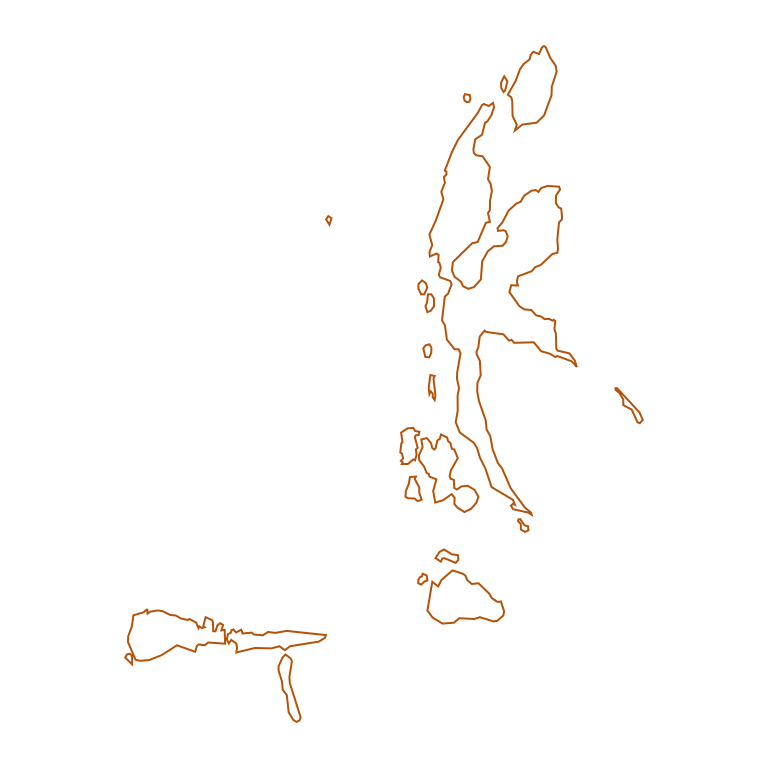 the Province of Maluku Utara
{"feature_id": "IDN-538", "entity_name": "Maluku Utara", "entity_type": "Province", "adm_level": 1, "iso_a3": "IDN", "parent_name": "Indonesia", "parent_adm1": "", "projection": "equal_earth", "projection_center": [127.364, 0.08], "detail": "fine", "context": "isolated", "style": "outline", "palette": "amber", "viewbox_px": 768, "rotation_deg": 0, "n_neighbors": 0, "source": "natural_earth", "source_scale": "10m", "svg_char_len": 6105}
<svg xmlns="http://www.w3.org/2000/svg" viewBox="0 0 768 768"><path d="M455.7,422.2L457.7,410.9L457.6,395.6L459.0,388.2L457.0,378.8L457.1,373.1L460.5,353.2L458.7,349.3L454.6,349.3L446.9,339.6L444.9,325.2L442.0,320.4L444.8,296.6L448.0,293.8L451.6,284.4L450.3,281.0L440.1,277.3L438.8,274.8L440.8,267.6L439.3,262.7L438.2,262.2L438.6,254.9L436.5,253.5L429.9,256.5L429.5,251.8L432.2,245.2L429.4,234.5L435.8,220.6L443.4,199.3L441.3,191.8L444.9,182.8L443.9,177.1L446.5,174.3L446.4,171.6L444.8,170.6L452.1,151.7L458.0,139.8L477.9,112.8L482.0,105.1L483.9,104.0L488.8,106.0L493.1,102.9L494.0,107.4L491.3,115.4L487.2,121.6L485.0,122.8L482.0,134.8L475.2,139.3L473.4,149.5L473.9,153.0L476.2,155.3L482.6,156.3L489.9,167.0L488.0,179.2L490.6,183.8L491.9,191.0L490.0,200.8L489.9,210.0L488.0,213.1L489.9,221.8L485.9,222.8L477.7,242.0L472.2,243.2L452.9,262.1L451.9,270.5L454.6,276.8L461.0,281.7L463.1,286.3L468.4,288.8L473.9,287.1L480.9,279.4L482.2,261.2L487.9,251.2L493.9,246.3L502.7,245.7L506.1,241.8L507.7,236.2L505.8,231.4L503.8,230.2L498.0,230.9L497.5,228.2L502.4,222.3L508.6,210.6L516.2,203.6L520.5,201.8L524.3,195.6L531.4,190.8L535.8,190.0L538.4,191.9L541.4,187.9L547.8,185.9L559.1,186.7L560.0,189.6L556.0,195.6L555.9,203.3L558.6,207.3L561.2,208.6L562.0,216.7L561.8,219.7L559.3,222.0L558.8,224.3L557.3,239.6L558.0,248.5L557.3,252.8L552.4,254.0L540.8,264.9L535.1,267.2L531.7,271.2L518.0,276.3L516.9,281.3L517.8,285.6L511.2,285.2L509.4,292.1L519.3,306.1L524.3,309.4L531.3,310.0L536.1,315.3L541.4,316.6L544.5,319.1L549.2,318.9L552.7,320.7L553.9,319.8L555.3,321.2L554.4,329.2L555.9,333.5L556.3,348.6L557.6,350.6L569.4,353.4L574.9,360.7L576.8,367.0L571.8,361.4L557.3,356.0L555.3,357.0L550.2,353.8L541.3,351.3L533.8,342.3L514.2,342.8L511.5,339.8L509.1,340.7L503.4,334.3L486.4,332.0L484.6,330.6L479.7,336.6L478.3,347.5L476.5,351.6L476.8,354.6L479.9,361.0L480.7,375.3L477.4,383.0L477.2,391.4L479.0,401.1L485.8,420.6L486.6,429.5L490.2,435.9L492.7,449.5L497.9,463.0L502.1,468.5L510.8,488.4L524.7,507.4L531.2,512.8L531.7,514.8L528.3,512.6L513.1,509.2L510.9,505.7L512.9,503.9L514.9,504.8L513.0,499.9L491.6,487.1L485.4,468.6L479.9,457.6L477.2,448.3L473.9,442.9L459.8,432.5L455.7,422.2ZM224.7,629.9L225.1,643.7L208.3,642.5L204.6,645.3L198.8,644.4L196.9,645.8L195.2,651.8L177.0,645.3L161.5,655.2L149.0,660.1L140.1,660.8L135.5,659.7L128.0,642.1L128.2,636.3L131.9,626.2L133.4,615.3L143.6,612.3L146.5,609.7L147.3,609.7L147.5,613.6L150.2,611.7L157.8,610.4L163.1,611.3L170.0,614.9L175.7,615.5L181.2,618.6L187.8,620.0L189.5,619.0L196.1,622.6L198.5,628.1L199.3,626.3L201.8,628.1L204.6,627.2L203.3,626.3L205.6,617.2L212.0,620.0L213.0,622.4L213.2,631.2L215.5,631.3L217.4,625.4L220.2,623.2L223.1,625.0L221.4,630.4L224.7,629.9ZM500.9,601.5L504.1,611.2L503.3,615.5L497.3,620.8L493.5,621.4L479.9,617.2L474.2,619.0L459.3,618.2L453.9,622.7L442.6,623.6L432.7,617.7L427.4,610.5L432.3,581.8L438.2,586.4L441.5,579.9L452.5,570.4L463.0,573.8L465.4,575.6L467.3,580.1L471.8,584.0L478.5,583.3L489.2,593.6L491.9,598.2L497.3,601.9L500.9,601.5ZM555.8,65.9L556.6,71.8L551.8,86.7L551.5,95.3L544.1,115.4L536.6,122.7L522.3,124.6L514.9,130.5L516.8,124.7L512.6,115.9L512.2,100.5L511.2,97.2L507.8,94.7L515.6,81.1L520.0,69.2L523.6,64.1L529.6,59.4L530.7,54.8L533.3,51.8L539.0,54.0L542.0,47.4L544.0,46.1L545.7,47.2L550.3,57.9L555.8,65.9ZM474.5,489.8L478.5,496.9L476.3,502.8L471.0,508.9L464.4,512.0L457.3,507.5L454.4,504.0L454.6,497.9L451.7,494.1L442.9,500.3L435.2,502.5L433.2,491.0L436.4,479.4L429.4,476.6L428.8,473.9L426.7,473.0L424.1,466.6L419.2,460.0L418.9,455.4L422.6,447.2L421.3,439.5L426.9,438.1L431.1,443.2L432.1,447.7L434.1,449.5L435.5,448.4L437.4,440.4L439.8,438.9L441.0,434.5L447.1,437.5L448.1,441.1L450.4,443.0L451.8,448.7L454.3,449.5L457.8,458.1L450.9,470.4L449.6,476.2L450.5,478.8L453.8,479.8L454.3,488.1L456.9,489.5L461.5,486.4L467.8,485.8L474.5,489.8ZM286.7,630.9L325.9,635.1L325.0,637.8L318.8,641.6L290.1,646.2L284.9,650.1L279.4,646.3L271.2,648.4L254.8,648.0L236.3,652.5L237.0,647.7L236.3,643.5L231.2,639.9L228.8,643.5L226.8,639.4L227.9,634.2L230.9,632.6L231.5,630.2L233.3,629.4L236.1,632.5L241.3,629.7L242.6,633.5L251.8,632.6L253.8,634.5L262.9,635.3L268.0,632.0L275.2,632.9L286.7,630.9ZM289.8,683.0L300.7,717.5L299.5,720.4L296.6,721.9L293.4,720.0L288.7,712.4L286.8,695.1L282.7,689.8L282.0,681.6L278.6,670.6L278.6,666.2L282.5,657.6L285.5,654.5L290.6,658.4L291.9,661.2L289.4,677.1L289.8,683.0ZM413.3,459.4L407.9,464.0L401.8,464.0L402.5,462.2L400.9,460.9L403.1,458.5L402.0,453.6L400.3,452.5L401.3,443.4L402.5,442.2L401.1,432.6L407.4,428.4L413.3,427.9L415.2,431.0L419.4,431.8L418.6,435.0L415.6,435.4L414.9,437.3L417.7,447.8L415.9,449.4L416.6,454.9L415.0,460.3L413.3,459.4ZM419.3,493.0L421.7,499.6L417.6,501.2L414.6,498.5L407.9,498.3L405.5,496.8L405.8,491.2L408.8,483.9L410.0,477.0L415.9,476.6L414.7,478.9L419.3,487.5L419.3,493.0ZM639.4,412.3L642.8,420.0L639.8,423.2L637.5,422.2L631.7,409.6L623.3,405.1L623.2,399.4L619.4,393.0L615.5,389.7L615.5,388.2L617.1,388.2L639.4,412.3ZM458.0,555.2L458.3,559.9L455.7,562.9L444.5,558.2L442.4,558.4L440.8,561.6L435.5,558.1L439.5,551.9L444.0,549.5L451.9,554.3L458.0,555.2ZM427.4,312.1L425.5,306.4L427.1,302.1L428.0,294.3L431.3,294.3L433.9,298.3L434.1,306.2L430.6,310.9L427.4,312.1ZM435.4,395.0L434.7,400.0L432.7,397.3L432.7,393.6L430.8,391.4L429.4,394.1L428.7,387.5L430.4,375.1L434.7,376.0L433.5,378.6L435.4,395.0ZM427.3,287.6L424.3,294.3L421.0,294.3L418.3,288.4L418.6,283.8L422.1,280.4L425.9,283.3L427.3,287.6ZM429.4,344.3L431.4,347.7L431.2,353.1L429.2,357.3L425.4,357.0L423.3,348.4L425.5,345.4L429.4,344.3ZM507.4,81.3L505.1,90.5L503.6,92.0L501.3,88.0L501.1,82.5L504.2,76.3L507.4,81.3ZM426.7,575.5L427.4,580.5L424.4,581.5L421.3,584.6L418.2,583.2L418.3,579.8L420.2,576.9L422.0,576.4L422.7,573.7L426.7,575.5ZM524.5,525.3L528.1,526.3L528.4,530.3L525.1,531.9L520.9,529.5L520.8,524.1L518.0,521.0L518.5,519.4L520.2,519.1L524.5,525.3ZM129.9,653.8L131.6,655.4L132.2,658.2L132.0,664.3L125.2,657.5L126.9,654.4L129.9,653.8ZM464.9,94.2L469.8,95.0L470.4,99.0L469.3,101.8L467.0,102.3L464.6,100.6L463.7,97.2L464.9,94.2ZM328.3,216.1L331.5,218.3L329.4,224.7L326.1,219.4L328.3,216.1Z" fill="none" stroke="#b45309" stroke-width="2"/></svg>